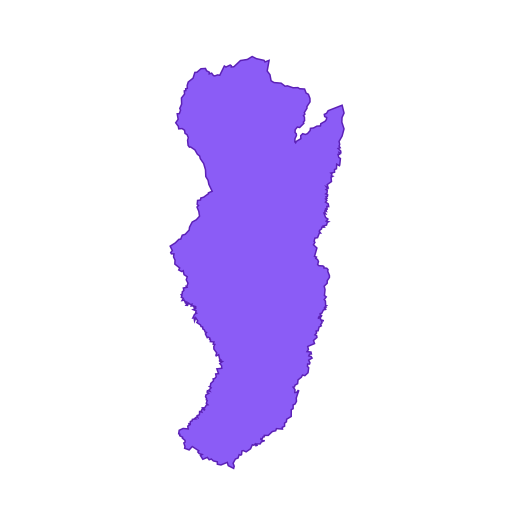 Poconé, Mato Grosso, Brazil (Albers equal-area conic projection), rotated 342°
{"feature_id": "56859067B2573756993823", "entity_name": "Poconé", "entity_type": "district", "adm_level": 2, "iso_a3": "BRA", "parent_name": "Brazil", "parent_adm1": "Mato Grosso", "projection": "albers", "projection_center": [-56.955, -16.831], "detail": "fine", "context": "isolated", "style": "filled", "palette": "violet", "viewbox_px": 512, "rotation_deg": 342, "n_neighbors": 0, "source": "geoboundaries", "source_scale": "gbopen_adm2", "svg_char_len": 6127}
<svg xmlns="http://www.w3.org/2000/svg" viewBox="0 0 512 512"><g transform="rotate(342 256 256)"><path d="M296.5,342.6L296.3,341.1L298.2,339.9L298.3,338.2L300.5,338.5L297.7,336.5L298.2,334.7L296.2,334.5L296.5,333.7L297.5,333.0L299.4,333.7L300.0,333.0L298.9,331.7L299.2,330.6L300.8,330.8L303.5,328.1L305.6,328.3L305.0,326.8L306.4,326.7L305.8,325.9L307.6,325.1L306.9,324.8L308.1,320.3L307.4,318.5L310.2,316.6L308.9,314.7L311.3,309.2L311.5,305.8L315.3,303.9L316.1,301.5L319.2,299.1L319.8,297.3L319.5,292.6L320.3,291.2L319.5,289.5L316.9,288.3L317.3,287.0L316.5,286.1L312.9,284.7L312.0,283.2L313.7,280.6L313.4,278.3L312.1,276.8L313.2,275.7L311.5,274.5L316.4,267.2L314.1,263.1L316.3,261.2L315.8,260.1L317.5,257.2L320.2,257.6L323.4,253.7L324.5,254.1L323.8,252.0L324.6,251.2L326.7,250.5L327.5,249.0L329.8,249.6L329.2,248.3L332.6,248.4L334.2,246.0L335.6,245.8L333.6,244.5L335.8,243.1L334.1,240.9L333.9,236.4L335.3,237.4L334.9,235.7L335.7,234.1L336.8,235.2L336.9,232.8L338.1,233.4L338.7,230.8L340.4,231.5L340.8,228.7L338.7,226.2L340.6,225.0L339.8,223.3L341.3,223.2L340.8,221.4L342.3,221.4L343.1,219.9L341.5,218.5L343.0,218.0L344.0,215.8L343.1,214.5L344.9,214.2L344.2,211.8L345.7,213.1L345.8,210.1L350.8,208.5L351.7,204.3L353.7,203.9L352.5,202.9L353.6,201.3L352.9,200.3L356.6,200.6L357.4,198.0L359.5,197.9L361.1,193.6L363.2,195.9L363.7,195.4L366.4,189.4L365.2,187.8L365.4,184.8L366.9,185.2L366.9,183.2L368.3,184.4L368.7,183.8L369.0,182.3L367.3,179.1L369.5,179.1L369.0,177.1L370.1,175.7L370.4,172.7L374.9,168.6L379.0,162.3L379.0,155.2L380.6,150.9L383.9,147.3L384.5,139.2L369.5,140.1L367.2,142.1L364.7,142.4L364.4,144.6L366.0,146.1L365.2,147.9L363.4,149.2L358.5,150.2L357.5,152.2L354.1,151.3L350.2,152.0L347.2,151.4L346.3,153.4L342.8,155.5L340.6,155.7L338.2,154.1L335.7,155.4L334.9,158.3L329.8,159.4L328.7,160.6L328.2,159.4L329.3,156.5L331.7,153.9L332.1,152.2L331.3,150.6L332.3,148.0L335.2,146.1L337.2,147.3L342.5,144.6L342.4,143.3L344.0,142.3L345.0,138.9L344.5,137.2L346.3,136.3L346.3,134.5L350.2,131.2L350.5,129.7L355.0,126.1L356.0,122.8L355.8,118.4L354.0,116.5L353.8,112.2L349.2,110.4L347.9,108.8L343.3,107.5L338.5,103.9L336.1,103.5L333.3,99.4L326.7,96.6L324.5,94.0L325.3,87.9L323.8,83.5L328.9,74.0L324.5,74.2L324.1,72.4L317.3,68.4L314.0,65.1L308.5,66.4L301.6,65.3L293.4,69.2L290.9,68.6L291.3,67.4L290.5,66.4L285.8,67.0L284.6,65.5L277.4,72.9L275.4,71.9L272.5,72.0L271.3,71.3L270.3,68.4L267.8,68.3L268.4,66.8L266.2,64.5L265.9,62.0L261.5,60.9L256.6,63.0L254.6,62.5L251.1,67.4L245.3,69.6L243.2,72.6L242.5,75.3L240.8,75.2L240.3,77.0L238.8,76.8L238.1,79.9L233.9,82.7L232.2,88.6L229.1,92.1L229.3,94.0L227.1,96.9L225.0,96.4L224.2,101.9L220.8,104.5L222.2,108.6L221.8,111.2L225.1,112.0L226.9,114.3L226.4,117.5L227.9,119.2L228.2,122.5L226.7,124.8L225.6,129.8L226.3,131.9L227.5,132.1L230.7,136.2L231.7,141.1L233.3,143.5L233.1,146.2L234.8,151.8L234.6,158.4L232.8,164.9L233.8,169.2L233.3,173.3L234.3,180.9L230.3,181.2L230.1,182.0L224.4,183.9L221.4,183.8L220.5,185.6L217.6,185.1L216.0,188.7L216.9,190.2L215.0,191.2L215.4,195.8L214.6,200.7L210.4,203.1L205.8,204.0L201.7,208.0L200.5,210.6L195.4,213.5L192.3,213.4L189.6,216.7L187.8,216.3L183.3,218.6L177.4,220.1L178.1,224.9L175.9,226.4L176.2,227.8L178.6,228.6L177.3,231.4L177.7,234.9L176.3,238.6L179.7,243.8L178.2,245.4L180.5,247.8L182.2,247.5L181.8,251.5L184.2,254.5L182.3,257.1L182.9,260.8L181.0,263.4L180.3,263.2L180.7,264.4L177.0,264.0L176.7,266.5L174.8,267.3L174.2,269.2L172.8,269.6L173.3,270.8L172.2,272.2L173.8,273.8L171.9,275.5L174.2,275.9L174.4,279.6L175.0,277.8L176.1,278.5L176.0,279.9L174.2,281.2L175.6,281.8L177.4,280.0L178.5,281.8L180.2,282.1L178.9,283.5L180.9,284.0L181.4,286.5L182.5,286.2L182.4,285.1L183.0,285.5L182.5,287.2L179.6,287.5L182.1,289.6L181.1,291.3L181.8,292.0L179.5,292.5L176.8,295.4L178.0,295.5L177.5,298.8L179.6,296.2L180.6,299.7L179.2,301.0L181.9,304.4L181.9,306.1L183.3,307.0L182.9,309.0L184.1,310.4L184.1,312.5L185.3,313.4L183.8,314.5L184.4,318.6L185.6,318.5L186.8,320.0L186.1,320.8L186.8,321.8L186.1,323.3L189.4,324.8L188.0,326.6L189.5,327.4L187.9,329.0L187.2,331.5L188.7,336.0L187.2,338.0L187.3,338.7L190.0,338.3L189.6,342.6L190.5,344.0L189.1,344.0L188.9,344.8L191.4,346.0L188.3,347.1L189.4,349.6L188.7,352.2L183.9,351.2L184.0,356.3L181.2,355.7L180.8,358.6L178.6,359.9L177.3,359.6L176.9,361.7L173.6,363.2L172.3,365.8L171.4,365.8L172.6,367.5L169.9,368.9L170.4,370.4L168.2,369.1L167.4,370.4L168.5,372.0L165.5,372.6L164.5,374.3L165.0,376.2L164.3,377.4L165.0,378.3L163.2,380.7L164.2,382.6L162.8,382.4L160.3,384.5L158.4,383.9L159.9,386.9L157.5,384.9L156.0,386.4L156.2,387.7L154.3,386.5L153.1,389.5L150.7,389.6L150.7,391.6L149.9,390.7L147.7,391.5L148.3,392.3L145.0,391.7L144.3,393.0L142.4,393.1L141.5,395.6L140.0,394.3L140.7,396.1L138.5,396.7L138.1,399.5L133.4,397.5L129.1,398.0L127.5,401.2L128.5,402.0L127.9,403.3L130.2,405.7L129.7,406.5L131.5,409.4L131.1,411.0L129.6,411.5L129.6,415.2L128.7,416.8L132.5,419.8L136.5,417.5L141.4,423.6L140.1,424.4L141.0,426.5L143.4,428.1L141.5,428.6L142.6,432.9L147.5,432.5L148.5,435.3L150.8,435.3L152.1,437.7L155.6,439.8L154.9,442.1L158.1,443.9L164.9,443.4L164.8,446.8L169.1,451.1L170.3,449.2L170.2,446.0L173.7,442.7L176.5,442.6L178.6,439.7L180.0,440.7L180.9,440.4L182.3,437.1L183.7,437.1L186.1,439.2L191.2,437.7L194.2,434.4L195.5,435.3L197.2,434.5L197.3,436.4L198.5,436.4L198.3,434.9L201.9,436.0L203.6,434.5L207.3,434.3L205.2,433.6L203.9,431.8L204.3,431.2L205.3,431.9L206.7,430.3L207.9,430.5L208.4,429.2L212.2,430.4L217.3,428.0L220.7,428.3L222.1,426.5L227.7,428.8L228.0,427.1L230.6,426.7L231.5,423.8L233.7,423.1L234.7,420.7L239.9,419.5L242.1,413.0L244.1,412.7L245.3,409.1L247.5,408.8L249.6,406.7L250.4,403.5L254.9,397.4L254.4,396.9L252.4,398.3L250.7,397.8L251.8,395.2L250.8,392.2L252.2,392.3L253.2,390.9L256.1,390.3L257.7,386.8L261.7,385.3L263.4,383.6L265.5,384.9L269.4,383.1L271.6,378.5L270.8,376.9L271.7,374.7L273.5,375.3L274.3,374.2L273.9,371.3L277.8,370.4L277.3,368.6L275.3,367.3L276.6,365.9L278.4,366.3L278.6,364.3L275.0,362.7L277.0,361.1L277.2,358.0L284.6,357.4L284.6,354.1L288.8,352.3L289.1,350.7L287.7,349.2L289.8,348.0L290.0,346.0L292.0,346.3L294.0,343.0L296.5,342.6Z" fill="#8b5cf6" stroke="#5b21b6" stroke-width="1.5"/></g></svg>